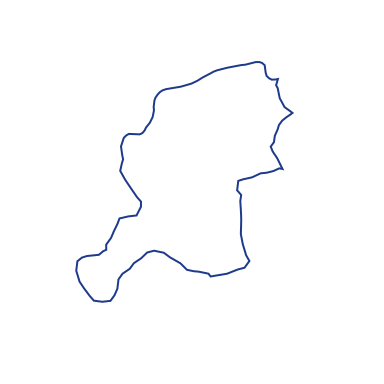 Songwon, Chagang-do, North Korea (orthographic projection), rotated 126°
{"feature_id": "82179303B48656719864416", "entity_name": "Songwon", "entity_type": "district", "adm_level": 2, "iso_a3": "PRK", "parent_name": "North Korea", "parent_adm1": "Chagang-do", "projection": "orthographic", "projection_center": [125.927, 40.373], "detail": "fine", "context": "isolated", "style": "outline", "palette": "blue", "viewbox_px": 384, "rotation_deg": 126, "n_neighbors": 0, "source": "geoboundaries", "source_scale": "gbopen_adm2", "svg_char_len": 1657}
<svg xmlns="http://www.w3.org/2000/svg" viewBox="0 0 384 384"><g transform="rotate(126 192 192)"><path d="M285.0,230.5L289.2,227.4L292.0,229.0L297.5,230.4L303.0,236.5L304.3,238.0L305.7,239.5L309.8,242.5L315.4,244.0L323.7,239.4L330.6,230.3L333.4,222.7L336.2,213.6L337.6,207.5L333.5,200.0L328.0,194.0L321.1,194.0L314.2,195.5L305.9,200.1L299.0,200.2L290.7,197.2L283.8,197.2L275.6,194.2L267.3,192.7L261.8,188.2L257.7,179.1L257.8,171.5L256.5,159.4L257.9,150.3L255.2,144.3L252.5,139.7L248.4,130.7L249.4,127.3L237.5,115.6L227.9,109.5L222.4,105.0L214.1,105.0L211.3,111.1L204.4,120.2L197.4,127.7L186.3,135.3L182.2,138.4L176.6,142.9L171.1,147.5L165.5,150.5L164.1,156.5L155.8,161.1L151.7,158.1L144.8,152.0L136.6,147.5L132.5,142.9L127.1,138.4L121.6,135.3L120.2,132.3L114.6,142.9L111.8,150.5L109.0,155.0L103.5,155.0L97.9,158.0L91.0,159.5L86.8,161.0L81.3,161.0L75.8,159.5L71.7,158.0L69.0,157.2L68.9,159.5L68.9,162.5L68.9,167.1L66.0,173.1L64.6,176.1L61.8,179.2L57.6,183.7L56.2,186.7L50.1,188.9L52.0,190.7L54.2,193.5L54.7,196.6L54.2,199.9L52.1,202.6L46.7,207.7L46.4,211.3L47.4,214.1L49.4,216.8L57.8,223.8L60.2,226.6L70.6,236.4L78.9,243.3L82.2,245.4L84.4,246.4L93.3,250.8L98.8,253.0L104.7,256.2L113.3,262.9L124.0,273.4L127.1,275.6L130.1,276.7L133.4,277.1L137.2,277.0L140.0,276.2L145.7,273.0L148.4,270.7L154.5,267.9L160.7,266.8L166.8,267.1L170.1,266.5L173.6,266.8L176.1,268.2L182.1,277.2L184.7,278.4L188.3,279.0L196.9,276.2L203.2,270.1L206.0,267.0L210.2,265.5L217.1,262.5L221.3,253.4L224.1,245.8L228.4,233.7L229.8,227.6L234.0,224.6L243.6,223.1L249.1,229.1L256.0,235.1L261.5,233.6L269.8,232.1L276.8,230.5L285.0,230.5Z" fill="none" stroke="#1e3a8a" stroke-width="2"/></g></svg>